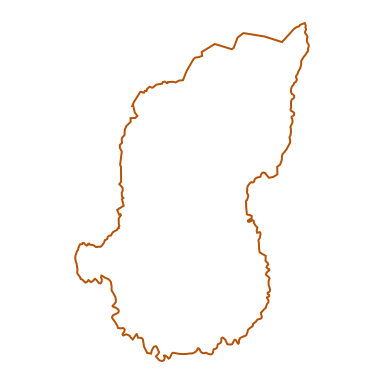 Zacazonapan, México, Mexico (Natural Earth projection)
{"feature_id": "50627088B85040406712653", "entity_name": "Zacazonapan", "entity_type": "district", "adm_level": 2, "iso_a3": "MEX", "parent_name": "Mexico", "parent_adm1": "México", "projection": "natural_earth1", "projection_center": [-100.25, 19.063], "detail": "fine", "context": "isolated", "style": "outline", "palette": "amber", "viewbox_px": 384, "rotation_deg": 0, "n_neighbors": 0, "source": "geoboundaries", "source_scale": "gbopen_adm2", "svg_char_len": 5984}
<svg xmlns="http://www.w3.org/2000/svg" viewBox="0 0 384 384"><path d="M75.6,255.1L75.2,257.6L75.5,260.4L76.6,263.7L77.5,269.5L77.2,272.3L77.3,273.2L78.1,274.6L80.5,277.8L80.4,278.5L80.7,279.0L81.9,279.4L82.7,280.0L85.3,282.5L86.6,282.2L87.5,281.4L88.4,280.1L90.9,282.1L92.7,281.2L93.4,280.5L94.5,279.1L95.1,278.8L96.9,280.4L99.0,283.2L99.9,283.2L100.5,283.4L101.1,282.8L101.7,281.4L101.8,279.5L101.0,277.2L101.4,275.6L102.6,276.1L105.0,277.7L107.2,278.6L108.9,279.5L110.7,281.6L111.3,284.3L111.6,286.4L111.6,290.5L113.5,293.4L115.4,297.1L115.9,299.8L115.7,302.3L114.3,304.0L112.6,305.9L112.6,306.4L114.3,307.3L115.2,307.4L117.7,308.9L118.6,310.0L118.7,310.7L118.7,311.3L118.3,312.6L116.9,313.5L113.6,314.9L112.6,315.8L112.5,316.6L112.0,317.6L113.1,319.3L115.4,322.5L117.5,326.2L117.9,327.9L120.2,328.3L123.4,328.1L124.3,328.9L124.7,329.5L124.6,330.6L124.1,331.8L123.2,333.1L122.5,334.3L123.0,335.3L123.3,335.5L126.1,334.3L128.2,335.0L129.9,336.1L130.6,337.4L132.7,339.5L136.5,334.1L136.9,334.2L138.0,337.7L141.7,338.0L142.9,339.4L144.0,346.6L147.2,353.0L151.1,353.6L151.7,350.6L153.9,346.6L156.2,346.3L156.6,346.7L159.1,352.3L157.9,354.3L155.9,356.4L159.3,360.3L161.8,361.0L163.8,360.4L164.4,359.2L164.6,358.3L164.5,357.0L164.0,355.6L164.9,355.4L167.4,357.1L168.6,358.6L169.9,357.7L171.9,353.5L172.8,352.8L174.3,352.9L177.5,353.6L181.4,354.1L186.2,354.0L189.5,353.5L192.3,353.4L194.7,352.4L196.3,351.2L197.3,349.7L197.8,348.4L198.5,348.3L199.4,349.0L200.3,350.9L201.0,352.0L202.7,353.2L204.0,353.2L205.2,352.8L206.2,352.8L208.2,353.9L209.9,354.3L211.2,354.4L212.2,353.9L213.1,352.2L213.6,349.3L213.9,349.1L215.5,348.8L216.7,348.0L217.3,347.0L217.5,345.1L217.8,344.3L220.5,343.0L221.1,341.9L221.4,340.2L221.3,338.7L221.6,338.0L222.4,337.6L223.4,337.9L225.5,340.1L227.2,344.0L228.0,344.4L231.4,344.5L232.1,344.2L232.9,342.9L234.1,340.2L234.9,339.7L235.8,340.1L237.8,343.4L238.4,343.7L238.9,342.8L239.1,340.1L239.8,338.9L239.7,338.4L240.7,337.7L243.3,336.5L245.2,335.9L246.3,335.1L247.6,331.7L247.9,329.9L249.0,328.8L252.4,326.3L253.0,325.5L253.1,323.7L255.4,322.2L257.2,319.9L257.8,319.4L260.2,318.9L261.1,318.4L261.8,317.4L260.9,312.7L263.5,310.1L264.6,308.6L265.4,308.3L265.9,307.4L266.3,305.9L267.0,304.1L268.3,302.5L268.6,301.0L268.1,299.6L267.0,298.1L266.9,297.5L269.2,296.3L269.3,295.5L268.9,294.8L267.8,294.0L267.6,293.5L267.6,293.0L267.9,292.6L269.1,292.0L269.7,291.4L270.1,289.6L269.5,287.6L268.6,284.8L268.6,280.8L269.6,278.4L268.7,277.0L267.8,276.2L266.2,275.1L265.9,274.2L266.3,273.1L267.6,271.6L268.8,270.7L269.4,270.0L269.1,269.1L267.7,268.6L266.5,267.4L266.9,265.9L268.2,264.7L267.9,263.3L265.5,260.8L265.7,255.9L259.7,252.4L259.2,249.9L258.8,242.3L258.5,241.0L258.5,240.2L259.7,238.1L260.5,234.5L260.4,233.0L259.8,232.1L258.1,232.6L257.0,232.7L256.7,231.2L256.9,229.5L257.4,227.4L255.5,225.6L254.8,224.3L253.8,223.0L253.9,222.0L253.7,221.0L253.3,220.5L252.4,220.2L250.2,221.6L248.8,221.9L248.0,221.4L248.0,220.4L250.7,218.9L251.6,218.3L251.8,216.1L250.2,215.2L248.2,214.8L247.3,214.6L246.9,214.3L246.2,207.2L246.0,201.5L246.4,200.4L247.0,200.1L248.2,196.4L248.1,194.7L247.3,193.7L246.9,191.7L247.3,190.6L247.1,189.4L247.3,188.4L247.4,187.2L247.8,186.0L250.2,182.8L251.2,182.2L251.8,182.1L252.4,182.5L253.2,182.3L253.8,182.0L254.4,180.7L254.8,179.1L256.9,177.6L260.4,176.8L261.0,174.7L261.7,173.5L262.4,172.8L263.5,172.5L264.1,172.6L264.5,173.2L265.5,173.2L265.8,174.1L269.0,177.8L273.3,176.9L276.0,175.3L277.4,174.2L277.2,166.8L279.9,164.8L281.0,162.4L281.9,159.5L281.9,156.9L282.1,155.8L282.3,154.4L284.5,152.0L286.7,149.0L290.0,142.8L290.3,141.3L290.1,139.9L289.5,137.7L289.6,137.1L289.8,136.5L290.4,135.6L290.7,133.5L291.1,131.9L290.8,130.1L290.9,129.0L290.4,127.0L290.5,126.5L291.7,124.3L292.3,123.2L292.6,121.1L292.3,119.2L291.5,117.8L291.5,117.3L291.7,116.7L293.0,116.0L293.9,115.1L294.2,114.4L294.2,113.8L294.0,112.8L292.7,111.6L291.5,111.1L291.0,110.7L290.7,110.3L290.5,109.4L291.1,107.3L291.0,102.3L291.2,101.0L291.5,100.1L292.1,99.2L293.3,98.6L293.8,98.0L294.1,97.5L294.2,96.4L294.2,95.8L293.9,95.4L292.6,94.2L291.9,93.9L291.2,92.7L290.9,91.4L291.1,89.2L291.5,87.7L291.9,86.7L293.1,85.1L293.7,84.4L294.1,83.0L294.4,82.6L295.6,82.3L295.9,81.6L296.5,80.6L296.9,79.6L296.8,78.9L296.2,77.9L296.0,76.6L296.2,75.8L297.6,73.9L298.3,71.7L300.3,67.9L301.1,64.9L301.2,63.4L301.2,61.2L301.5,60.4L303.6,57.0L305.7,54.5L306.7,52.6L307.5,51.9L307.8,51.5L308.0,50.9L308.1,48.7L308.7,46.4L308.8,45.8L308.5,44.3L307.1,42.0L306.9,41.3L306.9,40.3L307.0,38.5L307.5,37.3L307.3,36.4L306.2,34.3L305.2,33.3L305.0,32.6L305.0,31.9L305.3,31.2L306.0,29.7L306.0,28.9L305.4,27.4L305.8,25.6L304.7,23.0L300.1,24.9L299.0,26.5L296.9,26.9L293.9,29.0L282.0,42.1L264.6,36.5L243.5,33.1L237.6,37.5L233.7,47.9L231.7,49.2L214.8,44.0L201.7,52.0L202.1,55.8L199.0,57.1L195.3,57.6L193.6,59.0L186.5,71.2L183.0,80.2L178.9,80.6L175.7,82.4L173.1,81.8L168.0,82.0L167.6,83.0L167.0,83.3L165.0,81.6L162.8,82.0L162.1,83.7L156.5,84.6L152.8,87.5L152.0,87.7L149.7,86.7L147.0,89.0L146.5,91.1L144.9,90.9L143.8,92.8L141.1,91.7L140.3,91.9L133.8,102.2L132.3,105.8L133.2,105.6L134.7,112.4L137.4,116.0L135.1,118.0L130.5,118.2L130.7,121.8L126.4,126.0L124.8,129.5L124.5,135.1L123.3,136.4L122.4,137.2L121.7,138.9L122.0,142.8L119.9,144.9L119.8,147.7L121.8,151.6L120.1,164.7L121.0,167.0L121.1,181.9L119.3,184.1L122.6,187.8L122.7,190.5L121.7,192.7L122.0,196.6L123.4,197.9L121.9,199.1L123.7,205.8L119.5,208.3L117.2,209.9L119.0,214.5L120.5,214.2L121.0,215.3L119.9,216.6L118.7,218.6L118.8,224.4L119.4,225.7L118.6,227.3L119.0,228.0L118.5,228.4L117.7,228.6L117.1,229.3L117.1,229.8L113.4,231.8L112.7,232.6L111.7,233.9L111.2,235.4L109.2,235.7L107.7,236.9L107.3,238.9L106.2,239.6L105.0,240.1L104.0,242.6L102.7,244.6L101.1,246.4L100.0,246.9L99.1,246.6L98.0,246.6L97.5,247.0L96.0,247.1L93.8,245.4L92.8,245.0L90.1,244.7L89.5,244.3L89.0,243.6L88.2,243.8L88.2,244.6L86.6,245.6L85.5,244.8L83.8,242.9L82.5,243.1L82.1,244.2L79.9,244.4L78.3,248.1L78.0,249.9L76.9,251.3L76.5,252.9L75.6,255.1Z" fill="none" stroke="#b45309" stroke-width="2"/></svg>